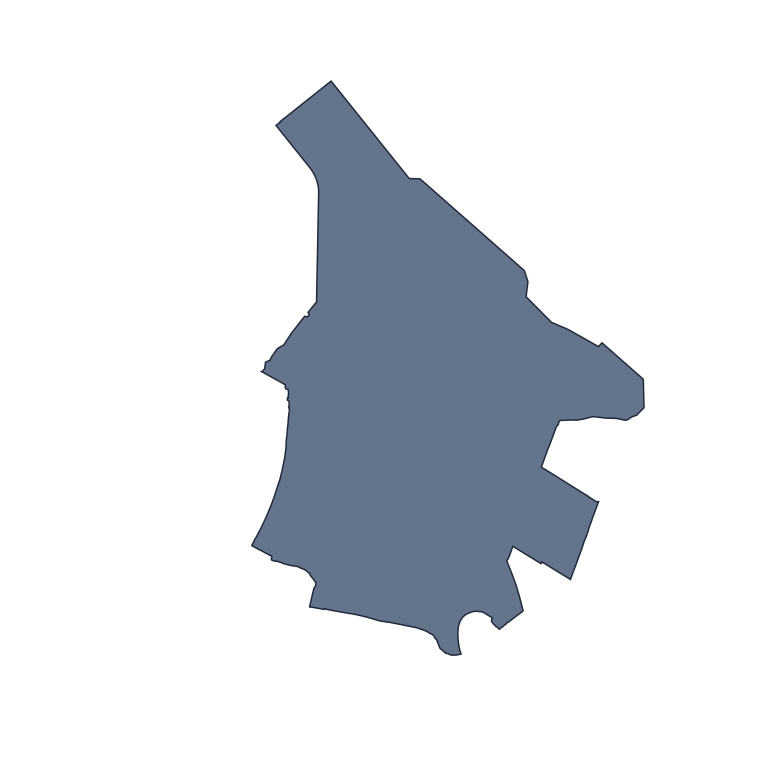 Kampen, Overijssel, Netherlands (Equal Earth projection), rotated 51°
{"feature_id": "6326949B29767545609349", "entity_name": "Kampen", "entity_type": "district", "adm_level": 2, "iso_a3": "NLD", "parent_name": "Netherlands", "parent_adm1": "Overijssel", "projection": "equal_earth", "projection_center": [5.959, 52.551], "detail": "fine", "context": "isolated", "style": "filled", "palette": "slate", "viewbox_px": 768, "rotation_deg": 51, "n_neighbors": 0, "source": "geoboundaries", "source_scale": "gbopen_adm2", "svg_char_len": 5870}
<svg xmlns="http://www.w3.org/2000/svg" viewBox="0 0 768 768"><g transform="rotate(51 384 384)"><path d="M297.2,471.4L305.3,468.1L313.1,465.0L313.9,464.6L321.4,461.6L322.0,461.4L322.3,461.2L325.6,463.5L326.2,463.1L327.6,462.3L328.0,462.1L328.3,462.2L329.2,462.8L329.7,463.0L331.0,463.9L331.3,464.2L331.4,464.3L331.6,464.5L332.3,465.2L332.4,465.4L333.1,466.0L333.6,466.6L334.0,466.7L334.3,467.1L334.5,467.5L334.1,467.8L334.2,468.0L334.3,468.2L335.2,468.7L335.5,469.0L335.8,469.3L336.1,469.2L337.3,468.6L340.7,470.9L341.5,471.8L341.4,472.1L341.8,472.2L342.0,472.4L342.6,472.7L342.5,472.8L342.8,473.0L343.7,473.3L344.1,473.5L345.7,474.8L346.0,475.1L346.4,475.7L346.9,476.3L350.9,480.3L355.2,484.3L356.1,485.2L356.4,485.6L357.2,486.5L359.1,488.2L360.1,489.1L360.6,489.5L360.8,489.9L363.1,492.0L365.7,494.8L366.7,495.8L369.9,498.5L370.3,498.8L370.7,499.2L373.1,501.5L374.8,503.4L379.1,507.9L382.5,512.0L385.4,515.7L387.0,517.5L390.9,522.6L391.8,523.8L392.7,525.0L393.6,526.5L393.8,526.6L394.0,526.7L394.1,526.8L394.1,527.2L397.4,532.4L402.8,540.7L404.7,543.9L407.5,548.6L408.6,550.5L410.7,554.6L411.6,556.2L412.4,557.6L416.1,565.1L416.3,565.5L418.8,570.9L419.7,573.0L420.9,575.9L421.9,578.0L422.6,579.5L422.9,580.4L423.1,581.5L423.4,582.1L425.1,585.7L425.6,586.7L425.6,587.0L425.9,587.5L426.2,588.0L426.5,588.5L430.1,586.9L433.8,585.5L435.3,584.6L437.3,583.8L440.5,582.6L441.7,582.0L442.3,581.7L442.8,581.5L446.9,579.8L447.3,579.6L447.7,579.9L448.1,580.3L448.4,580.6L449.1,581.8L449.8,582.0L450.1,582.0L450.4,582.0L451.0,581.6L451.8,581.2L452.0,581.0L453.3,579.8L453.6,579.6L454.4,578.8L455.1,578.3L455.7,577.8L456.5,577.3L459.1,575.8L460.2,575.2L462.6,573.5L465.3,571.5L466.9,570.2L467.5,569.6L469.2,568.3L469.3,568.1L469.4,567.9L469.6,567.5L469.7,567.4L471.3,566.2L472.7,565.4L473.3,565.1L473.5,565.1L474.2,564.8L477.1,563.2L477.4,562.9L477.8,562.6L479.0,562.3L480.5,561.8L482.6,561.6L483.1,561.5L483.4,561.4L483.9,561.0L484.1,560.9L484.4,560.9L485.0,561.0L486.0,561.7L491.6,561.7L492.9,561.9L493.2,561.9L495.3,561.9L495.6,561.9L495.8,562.0L496.1,562.4L496.4,562.5L497.7,564.3L498.0,564.8L498.2,565.2L498.3,565.6L498.4,566.2L498.5,566.5L498.7,567.1L510.3,582.1L510.5,582.1L510.8,581.8L512.3,580.3L519.1,574.4L521.7,572.1L521.3,571.6L526.5,567.5L538.0,557.6L538.1,557.4L546.1,550.4L546.7,549.9L555.3,543.4L555.7,543.1L565.8,536.1L566.1,535.8L567.4,534.6L569.7,532.5L573.4,529.1L579.5,524.0L584.9,519.4L585.1,519.4L585.3,519.2L587.9,517.0L591.5,514.1L594.0,512.0L598.6,509.2L598.6,508.9L598.8,508.9L599.7,508.3L600.7,507.7L601.7,507.2L602.1,507.1L603.9,506.3L604.9,505.8L605.3,505.8L605.7,505.7L607.9,504.6L608.1,504.6L609.1,504.2L609.7,503.9L610.8,503.8L612.3,504.0L613.8,504.3L614.3,504.3L614.7,504.2L615.4,503.8L615.8,504.0L617.2,504.5L620.6,505.6L620.9,505.7L623.7,506.5L624.0,506.6L624.4,506.8L631.8,505.5L632.3,505.2L633.1,504.5L636.6,502.6L637.1,502.2L638.1,501.0L640.1,498.4L640.5,497.8L642.4,494.1L638.5,492.6L635.4,491.0L633.1,489.7L630.3,487.9L626.8,485.5L623.3,482.8L619.6,479.2L619.0,478.3L617.3,475.9L616.7,474.8L615.9,473.2L615.4,472.1L614.9,470.1L614.7,469.1L614.6,468.1L614.7,465.9L614.8,464.5L614.9,464.0L615.7,461.2L616.3,459.2L617.1,457.7L617.8,456.6L618.5,455.6L619.6,454.4L622.0,451.9L623.0,450.9L631.8,447.7L633.5,447.0L634.2,447.9L636.0,449.8L636.4,449.9L637.2,449.8L637.5,449.8L637.9,449.9L638.6,450.0L639.7,450.0L640.1,449.9L641.3,449.6L641.5,449.6L643.1,449.7L643.5,449.4L645.2,448.9L647.2,448.7L647.2,447.6L647.3,439.6L647.1,439.1L646.7,438.6L647.3,437.4L647.5,432.8L647.4,432.8L647.8,422.9L647.9,419.1L647.8,418.7L643.1,416.4L642.2,416.0L637.7,414.0L634.5,412.5L631.1,411.1L625.3,408.8L625.3,408.6L624.7,408.4L622.3,407.6L618.7,406.3L614.3,404.8L610.3,403.5L606.5,402.3L603.2,401.3L600.1,400.4L599.9,400.2L598.9,400.0L598.2,398.7L598.0,398.0L597.9,397.8L597.9,397.5L597.8,397.4L597.5,396.6L597.3,396.3L596.7,395.3L596.8,395.2L596.1,394.1L595.0,392.2L593.2,389.2L591.3,386.1L591.2,386.0L622.5,375.0L621.6,373.3L653.3,362.1L651.3,358.9L650.2,357.0L650.1,356.9L649.9,356.6L647.1,351.8L647.0,351.5L646.5,350.8L644.4,347.2L639.8,339.6L639.5,339.0L639.4,338.8L636.1,333.3L635.2,331.9L634.7,331.3L634.2,330.4L633.8,329.9L631.9,326.8L631.3,325.8L631.1,325.4L630.8,324.5L630.5,323.9L630.0,323.2L629.8,322.8L629.7,322.8L629.5,322.3L629.4,322.4L627.7,319.4L626.9,318.0L626.7,317.8L624.9,315.4L621.1,309.0L619.0,305.8L618.2,304.3L611.6,293.3L611.5,293.2L610.7,291.8L610.7,291.3L610.1,291.5L610.4,292.0L610.5,292.1L610.5,292.3L610.5,292.5L610.3,292.6L607.7,293.5L600.1,296.1L600.0,295.9L582.2,302.1L580.2,302.8L576.4,304.1L562.5,308.8L547.6,314.1L547.1,313.0L545.0,309.7L542.6,305.7L538.1,298.3L536.9,296.2L536.4,295.0L528.4,281.5L525.9,277.4L525.4,275.7L525.3,274.2L525.1,274.0L524.3,272.9L523.6,272.1L523.4,271.3L523.2,270.6L523.1,270.0L524.0,268.9L526.2,266.1L527.5,264.2L529.8,261.2L533.3,257.0L534.3,255.4L536.8,251.0L537.4,249.6L538.6,246.9L538.8,246.5L539.6,244.7L540.0,243.9L540.1,243.6L540.9,242.3L541.9,241.0L543.7,239.2L547.2,235.9L550.7,232.4L551.8,231.2L554.7,227.7L555.3,227.0L556.2,226.0L557.3,224.8L560.9,221.8L562.3,220.8L562.9,220.3L563.7,219.6L564.4,218.7L564.9,217.5L565.2,216.4L565.4,213.0L565.7,211.5L567.0,207.9L567.2,207.1L567.2,206.9L567.2,206.5L567.1,205.8L566.8,203.9L566.7,203.0L566.1,196.9L543.5,179.5L489.2,188.7L489.9,193.8L457.7,206.5L441.6,215.0L405.7,218.7L395.0,207.7L384.2,203.6L247.2,226.9L240.2,235.1L115.3,234.5L114.7,299.6L115.2,299.6L115.1,305.2L168.3,305.5L170.7,305.5L172.7,305.7L175.1,306.0L177.5,306.4L179.4,306.9L181.5,307.5L183.3,308.1L185.2,308.9L187.0,309.7L188.0,310.2L189.1,310.8L190.9,311.9L192.0,312.7L193.1,313.5L194.1,314.3L277.8,384.8L280.5,398.0L281.9,398.0L282.2,398.1L283.1,398.5L283.7,401.3L281.5,403.0L281.9,405.2L285.9,422.3L286.6,425.0L290.5,437.2L289.4,444.6L292.0,453.9L293.7,457.7L292.5,462.4L297.0,467.1L297.6,470.1L297.2,471.4Z" fill="#64748b" stroke="#1e293b" stroke-width="1.5"/></g></svg>